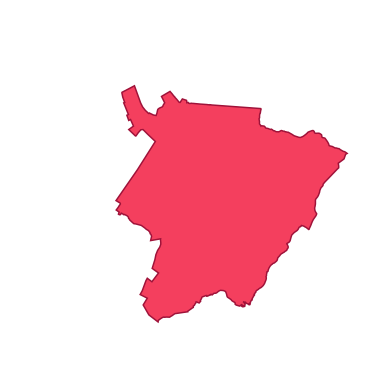 outline of Racsa, Satu Mare, Romania, rotated 307°
{"feature_id": "2599482B8839717617259", "entity_name": "Racsa", "entity_type": "district", "adm_level": 2, "iso_a3": "ROU", "parent_name": "Romania", "parent_adm1": "Satu Mare", "projection": "robinson", "projection_center": [23.336, 47.815], "detail": "fine", "context": "isolated", "style": "filled", "palette": "rose", "viewbox_px": 384, "rotation_deg": 307, "n_neighbors": 0, "source": "geoboundaries", "source_scale": "gbopen_adm2", "svg_char_len": 6062}
<svg xmlns="http://www.w3.org/2000/svg" viewBox="0 0 384 384"><g transform="rotate(307 192 192)"><path d="M232.5,307.9L233.1,307.9L233.7,307.6L235.4,307.3L237.4,306.8L239.4,306.2L241.5,305.7L243.6,305.4L247.2,305.3L248.9,305.0L249.7,304.6L249.9,304.3L250.1,303.4L251.2,301.3L251.7,300.8L252.7,299.9L252.9,299.6L254.2,299.1L256.7,297.8L259.9,295.4L260.5,295.2L261.3,295.1L263.6,295.2L265.3,295.0L268.6,294.0L270.1,293.2L272.4,292.6L273.5,292.5L274.7,292.7L275.8,292.7L276.2,292.6L277.2,292.0L279.7,292.1L297.3,294.2L299.6,294.6L301.1,293.5L303.0,291.5L309.9,293.5L314.6,292.0L316.2,292.7L316.2,291.3L316.1,290.0L315.9,289.2L315.6,288.6L315.4,287.7L315.1,285.0L315.1,284.0L315.1,283.2L314.6,282.6L314.1,281.0L313.4,279.9L313.1,279.1L313.1,278.5L312.8,276.7L312.0,274.9L311.6,273.8L311.7,273.4L312.7,272.1L313.5,270.4L314.0,269.0L314.8,266.5L315.0,265.6L314.0,263.4L314.0,263.0L314.6,262.1L315.5,261.3L315.7,260.8L315.6,258.7L315.3,258.0L314.3,256.6L313.5,255.7L313.2,255.2L313.1,254.6L313.1,254.1L313.6,253.6L313.9,253.0L314.0,252.0L313.9,251.6L313.2,250.9L310.6,249.2L309.1,248.5L308.2,248.6L307.3,248.3L306.8,248.3L306.2,248.1L303.4,247.3L301.1,246.0L300.7,245.6L300.0,244.5L298.4,239.8L298.2,236.9L297.6,232.7L297.2,232.3L296.5,230.6L296.2,230.2L296.1,229.1L295.3,227.9L295.3,227.5L294.9,226.4L294.5,226.1L293.2,225.6L292.2,225.0L291.3,223.7L290.7,222.7L290.5,221.0L290.1,220.5L290.0,219.5L290.1,218.8L290.0,218.2L290.0,217.9L289.9,217.5L289.3,217.2L288.7,215.5L288.5,214.5L287.7,213.0L287.5,212.4L287.6,211.8L287.9,211.3L288.0,210.7L288.0,209.7L287.4,209.0L287.1,208.2L286.6,207.5L286.2,207.4L286.6,206.8L286.6,206.3L287.0,204.9L288.5,203.8L288.7,203.7L290.8,201.5L291.9,201.3L293.8,199.9L295.0,199.2L295.6,199.2L295.8,199.0L296.2,199.0L298.8,197.6L299.1,197.6L299.8,197.2L300.0,196.7L273.5,155.6L272.5,153.8L272.3,153.8L271.3,152.2L270.9,151.4L267.2,145.7L263.5,139.7L262.8,138.7L262.7,138.3L262.2,137.9L262.0,137.6L261.5,137.1L261.1,136.6L261.1,136.1L260.9,135.9L261.2,135.1L260.8,134.8L260.7,134.5L260.2,134.1L261.4,133.1L261.9,132.4L260.5,128.3L256.4,128.6L255.9,127.9L256.9,123.7L257.3,121.4L257.5,121.1L257.6,120.9L257.5,120.7L258.2,117.8L258.4,117.2L259.1,113.9L250.0,110.1L246.8,116.5L244.2,116.7L242.7,117.1L242.1,117.0L239.4,115.5L238.2,115.1L237.4,115.0L236.5,115.3L234.0,116.5L231.5,117.3L230.3,114.9L229.4,110.4L228.8,110.4L228.6,110.1L229.1,105.6L230.2,101.4L232.2,97.4L242.2,82.1L229.5,76.1L229.0,76.3L226.1,79.6L223.0,84.4L222.1,83.8L215.6,94.6L214.1,93.8L211.1,98.4L212.9,99.3L209.4,105.6L203.8,103.9L202.7,113.1L203.1,113.5L207.2,113.4L210.9,113.7L212.4,115.3L211.5,121.5L210.3,132.3L177.0,135.0L139.4,136.5L139.5,137.3L139.9,141.3L139.8,141.6L139.3,142.0L139.0,142.1L137.1,142.1L135.4,142.3L132.0,142.3L132.1,145.9L130.0,146.6L130.1,147.6L130.6,148.3L131.0,148.5L132.4,148.2L132.7,148.6L132.7,149.3L132.9,150.1L132.7,150.8L133.0,151.5L133.5,151.7L133.9,154.3L133.9,155.6L133.3,156.7L132.8,157.2L132.7,158.1L132.2,159.0L131.8,162.9L131.7,164.6L132.7,166.4L134.8,171.6L134.9,175.7L134.7,177.9L135.0,180.4L134.4,182.7L133.5,183.7L133.4,184.8L132.3,186.4L128.3,188.2L135.7,195.1L135.0,195.5L132.7,197.6L131.5,198.5L128.7,199.4L124.6,199.7L120.2,200.9L115.6,203.1L107.0,206.2L107.2,214.0L96.2,214.0L96.2,208.2L93.4,208.6L83.2,211.7L78.9,212.3L80.3,220.2L72.4,221.0L67.9,231.5L67.8,242.9L67.8,243.1L69.3,242.4L72.1,243.2L74.1,244.0L75.2,244.8L75.4,245.4L76.8,246.9L78.5,249.4L78.9,249.6L79.9,249.9L81.2,250.5L84.2,251.4L84.7,251.7L93.8,260.7L94.1,260.4L94.3,260.4L99.7,262.1L100.6,262.5L101.6,261.7L103.0,262.1L103.5,262.0L103.9,261.8L105.1,261.9L105.7,261.8L106.7,261.4L106.8,261.6L107.1,262.1L107.2,263.0L107.7,264.5L108.6,264.5L109.8,264.7L110.2,264.4L110.4,264.0L110.6,263.9L112.7,263.7L113.6,263.3L114.3,263.3L117.9,265.6L117.6,266.5L117.8,266.8L118.8,267.1L118.8,267.4L118.9,267.5L121.4,268.5L121.5,268.7L121.3,268.8L121.8,269.0L122.0,269.3L121.8,269.7L121.9,270.0L124.3,270.5L125.3,271.7L125.8,272.1L126.8,272.5L128.7,272.9L130.1,273.6L130.6,273.9L132.2,276.4L132.4,277.2L132.6,277.8L132.6,278.9L131.5,280.7L129.6,283.0L129.5,283.3L129.4,283.8L129.6,287.9L129.2,289.1L129.3,291.2L129.6,292.6L129.3,293.2L129.0,293.4L128.9,293.7L128.4,293.9L128.4,294.4L128.3,294.8L128.3,295.3L129.5,298.6L129.8,298.8L130.4,299.0L130.7,299.4L131.1,299.5L131.6,299.2L131.9,299.4L131.7,299.7L131.1,300.4L130.9,300.4L130.7,300.4L130.7,301.1L131.0,301.9L131.3,302.0L131.4,301.8L131.6,301.1L131.8,300.9L131.7,302.0L131.8,302.2L132.2,301.8L132.4,301.9L132.4,302.3L132.1,302.6L132.4,302.9L132.6,302.9L133.1,302.5L133.7,302.3L134.2,302.0L134.7,301.3L135.0,300.2L135.1,299.4L135.4,299.4L135.5,300.3L136.1,300.8L136.2,301.1L136.2,301.3L135.9,301.8L135.8,302.1L136.0,302.8L136.0,303.4L136.4,303.9L136.3,304.6L137.0,304.9L136.4,305.6L136.5,305.7L136.9,305.7L137.1,306.0L137.3,305.9L137.6,305.6L138.2,305.5L138.3,305.2L138.7,304.9L139.5,305.0L140.3,304.7L140.8,304.6L141.3,304.6L141.9,305.0L142.3,304.8L142.4,304.5L142.5,304.4L143.1,304.4L143.8,304.1L145.5,304.0L146.1,303.7L146.7,303.9L147.3,303.9L147.5,303.8L147.6,303.2L149.2,303.2L149.6,303.1L150.2,303.3L151.1,302.8L152.5,302.9L153.0,303.2L153.4,303.2L154.1,303.6L155.1,303.7L156.2,304.2L156.7,304.2L157.1,304.6L158.9,305.0L160.5,305.2L161.4,305.0L162.2,305.1L166.2,304.0L167.0,303.7L168.1,303.1L168.9,302.1L170.1,301.8L170.8,301.2L172.0,300.7L172.3,300.3L172.7,300.3L173.4,299.9L173.8,300.3L174.4,300.4L175.4,299.9L177.3,299.3L179.5,299.0L181.1,299.1L181.9,299.2L182.5,299.5L183.5,299.6L185.0,300.5L187.8,301.1L189.0,301.0L191.1,300.1L194.2,300.4L195.3,300.3L196.9,300.7L197.6,301.1L198.6,301.4L199.6,301.9L200.5,302.0L202.2,302.7L202.5,302.7L203.7,302.4L204.9,302.4L205.7,302.1L206.2,301.7L206.8,300.8L207.3,299.9L207.6,299.0L207.8,298.8L208.2,298.9L210.2,299.7L211.3,299.8L212.4,299.6L215.0,298.5L217.6,297.6L218.1,297.6L221.1,298.0L224.5,299.1L225.8,299.2L226.8,299.1L228.1,298.8L228.7,298.9L229.5,299.5L230.0,299.6L230.3,299.7L230.9,299.5L231.1,299.5L231.5,300.4L231.9,301.5L232.1,302.3L232.1,303.1L232.4,304.5L232.3,307.1L232.3,307.8L232.5,307.9Z" fill="#f43f5e" stroke="#9f1239" stroke-width="1.5"/></g></svg>